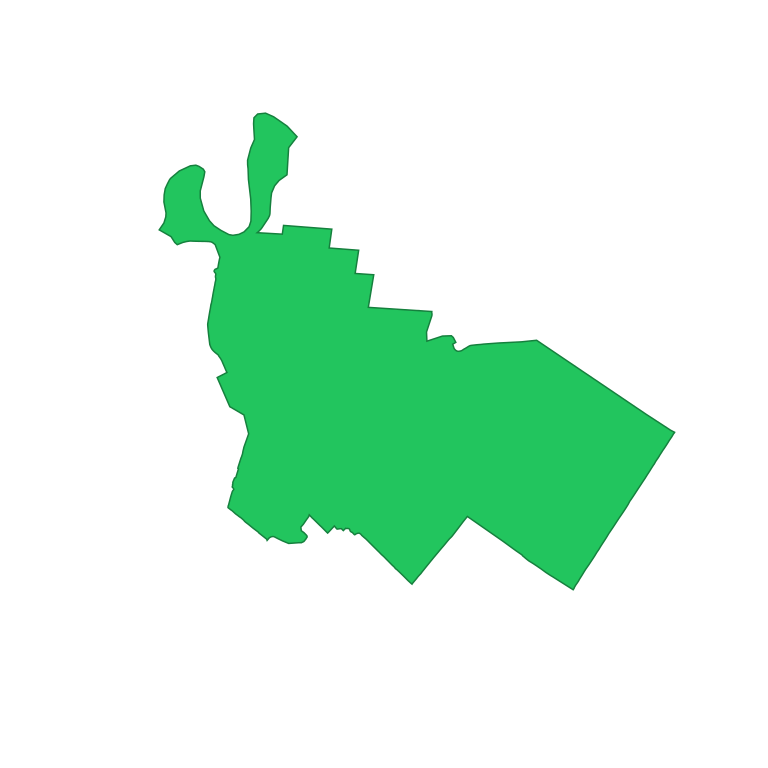 Piscu, Galati, Romania (Robinson projection), rotated 116°
{"feature_id": "2599482B99820264083382", "entity_name": "Piscu", "entity_type": "district", "adm_level": 2, "iso_a3": "ROU", "parent_name": "Romania", "parent_adm1": "Galati", "projection": "robinson", "projection_center": [27.723, 45.527], "detail": "fine", "context": "isolated", "style": "filled", "palette": "green", "viewbox_px": 768, "rotation_deg": 116, "n_neighbors": 0, "source": "geoboundaries", "source_scale": "gbopen_adm2", "svg_char_len": 6135}
<svg xmlns="http://www.w3.org/2000/svg" viewBox="0 0 768 768"><g transform="rotate(116 384 384)"><path d="M575.8,420.5L572.4,419.6L571.0,418.6L570.3,417.8L569.8,417.0L569.4,415.9L569.5,412.0L569.5,406.3L569.1,399.8L565.8,394.1L564.0,391.0L562.8,388.6L562.5,388.4L560.9,387.1L559.8,386.7L558.9,386.6L558.0,386.3L556.6,386.2L555.3,386.0L554.4,386.5L553.9,387.4L552.7,390.7L552.1,394.0L549.1,396.0L545.4,395.0L544.0,394.8L540.5,394.3L539.7,394.2L538.4,393.9L537.5,393.8L536.3,393.6L535.6,393.6L534.9,393.7L534.4,393.8L535.3,391.3L536.0,389.5L536.2,388.6L539.2,379.7L539.8,377.7L541.3,373.4L541.8,372.0L542.3,370.6L542.6,369.6L542.7,369.3L541.3,368.8L533.4,366.4L534.4,364.2L535.0,362.6L534.7,362.1L534.3,361.5L533.9,360.9L533.5,360.4L533.3,360.0L533.0,359.5L532.7,359.0L532.9,358.3L533.3,357.3L533.6,356.3L530.5,355.2L530.5,354.9L530.4,354.6L530.2,354.1L529.8,353.5L529.6,352.7L529.4,352.4L529.4,352.0L529.5,351.5L529.6,351.3L529.8,351.2L530.4,350.5L530.8,350.1L531.0,349.8L531.1,349.7L531.3,349.2L531.3,348.6L531.4,348.2L531.3,347.6L531.6,346.7L531.8,346.1L532.3,344.9L532.4,344.4L532.2,344.1L531.8,343.8L531.1,343.5L530.7,343.2L530.2,342.7L529.6,342.1L529.0,341.1L528.9,340.5L529.0,339.9L529.1,339.2L529.4,338.5L529.9,337.4L530.0,336.9L530.6,334.8L531.2,332.4L532.1,329.7L533.0,327.2L533.6,325.4L534.3,323.4L536.3,317.5L536.5,317.0L537.1,315.1L537.2,314.8L538.3,311.8L538.4,311.5L538.8,310.0L539.1,309.0L539.5,307.7L539.8,306.9L540.4,305.3L541.0,303.5L543.1,297.6L543.8,295.3L544.2,294.1L544.9,292.9L545.2,291.4L545.3,290.7L545.5,290.2L546.3,287.6L546.4,287.3L546.8,286.1L547.7,283.3L550.2,276.1L550.7,274.4L551.3,272.4L551.6,271.1L551.3,271.1L550.0,270.8L547.9,270.3L544.8,269.5L542.3,269.0L540.2,268.4L538.4,267.8L535.8,267.3L534.5,267.0L530.5,266.1L528.3,265.6L525.8,265.0L523.1,264.4L521.5,264.0L518.0,263.2L516.1,262.7L514.0,262.2L512.9,261.9L512.4,261.8L511.3,261.5L510.0,261.2L506.0,260.2L503.4,259.5L501.0,258.9L496.7,257.9L494.5,257.3L492.0,256.4L490.6,256.0L485.2,254.9L475.2,252.9L473.2,252.5L466.5,251.0L473.1,208.7L476.0,192.4L477.1,185.1L477.4,184.6L477.8,183.7L477.9,183.0L478.7,180.0L479.5,176.4L480.0,171.3L480.5,167.5L481.4,161.4L482.4,156.0L483.1,150.5L483.3,148.0L486.0,123.8L484.5,123.6L483.1,123.7L480.5,123.5L478.1,123.1L475.8,122.8L473.6,122.7L469.2,122.2L464.8,121.8L462.0,121.5L457.1,120.7L450.4,119.8L446.5,119.3L442.1,118.9L438.1,118.3L436.3,118.2L431.9,117.7L428.8,117.3L424.6,116.8L421.2,116.5L419.9,116.4L413.1,115.4L409.2,114.9L405.2,114.4L401.3,113.9L397.4,113.3L393.2,112.7L389.2,112.2L385.3,111.8L381.8,111.7L378.7,111.2L374.3,110.6L370.3,110.1L366.3,109.6L361.8,109.0L357.9,108.5L354.3,108.0L350.3,107.6L346.4,107.1L342.4,106.7L339.0,106.3L337.3,106.0L334.7,105.9L333.3,105.7L331.8,105.5L330.7,105.3L328.1,105.0L327.5,105.0L323.4,104.5L322.1,104.4L321.5,104.3L317.5,103.7L313.4,103.2L309.4,102.8L305.4,102.2L301.5,101.9L300.7,101.6L300.0,101.6L299.9,106.2L296.3,135.2L293.3,156.4L277.8,266.0L286.0,279.2L297.1,299.3L304.5,312.0L306.0,314.3L307.8,317.4L310.7,322.0L311.7,323.4L313.0,324.4L314.6,325.4L316.3,326.5L318.0,327.7L318.6,328.0L319.5,328.5L320.1,329.0L320.8,329.7L321.6,330.8L322.0,331.5L322.3,332.3L322.4,333.6L322.1,334.9L321.4,336.5L318.1,339.7L315.1,337.7L311.8,342.1L311.1,344.6L315.3,352.5L326.7,364.2L318.6,368.6L301.7,370.9L300.1,371.5L298.7,372.5L297.9,372.8L322.0,431.7L290.3,441.1L297.3,458.4L274.9,465.4L285.8,492.9L267.7,498.8L285.5,543.8L293.9,541.1L303.6,564.3L302.3,563.7L298.7,562.5L297.1,562.2L286.0,560.7L285.2,560.7L283.4,560.7L282.2,560.8L280.6,561.3L275.6,563.5L265.9,567.3L261.5,568.8L253.8,569.2L247.0,567.5L238.5,562.9L213.4,573.3L199.9,570.5L194.7,584.1L192.2,600.3L192.5,609.2L196.7,615.9L201.7,617.6L207.3,615.3L215.0,611.0L221.0,607.6L230.3,607.2L242.7,604.7L246.7,602.7L250.2,600.5L259.6,595.5L276.3,584.8L287.0,579.1L296.0,575.0L301.8,574.2L308.7,576.5L313.1,580.0L316.6,585.0L317.7,588.9L317.4,598.0L316.3,606.2L313.8,612.4L307.5,621.8L297.5,630.6L291.0,633.8L276.7,636.7L271.8,638.1L270.1,640.6L269.5,645.6L269.8,649.0L272.8,653.7L282.3,661.4L292.8,666.0L294.5,666.3L298.9,666.4L304.2,666.3L310.4,664.5L316.9,661.6L325.8,654.9L329.4,653.4L335.7,652.4L344.0,653.6L344.9,640.0L348.5,634.1L349.4,630.9L344.9,626.8L342.5,623.9L340.5,621.0L338.8,617.1L336.8,612.7L334.3,607.4L332.9,604.2L332.1,601.9L332.0,600.5L332.7,596.9L341.5,587.6L342.1,587.0L344.0,586.6L348.5,585.4L350.2,584.9L352.1,584.3L352.6,584.2L352.9,584.4L353.3,584.7L353.7,585.0L353.9,585.0L354.1,585.3L354.5,585.7L354.8,586.0L355.2,586.1L355.9,586.3L356.3,586.3L356.6,586.3L357.0,586.2L357.4,585.9L357.5,585.7L357.8,585.2L358.1,584.5L358.3,584.1L358.6,583.7L359.1,583.3L359.6,583.1L360.5,582.9L361.3,582.6L361.7,582.4L362.1,582.1L362.6,581.6L363.1,581.3L364.3,580.8L365.1,580.6L367.0,580.2L367.9,579.9L369.5,579.4L370.9,579.1L372.6,578.6L375.6,577.8L378.5,577.0L381.4,576.1L382.0,576.0L384.6,575.2L386.1,574.8L386.9,574.6L387.8,574.3L388.0,574.5L389.3,574.1L392.2,573.2L395.5,572.3L398.9,571.3L402.2,570.3L405.6,569.3L406.9,568.9L407.7,568.6L408.8,568.0L412.0,566.1L415.1,564.2L418.2,562.2L421.3,560.2L424.4,558.2L425.1,557.7L425.7,557.0L426.2,556.5L427.3,555.2L428.2,553.8L428.6,552.9L428.9,552.2L429.3,551.0L429.7,549.7L430.0,548.4L430.3,547.0L430.6,545.7L431.4,544.6L432.4,542.7L433.2,541.4L434.1,540.1L435.1,538.9L435.5,538.5L438.8,534.6L439.7,533.6L441.0,532.1L442.5,530.2L451.3,536.8L472.0,512.6L473.2,496.3L488.1,483.8L502.2,482.2L504.3,481.7L505.8,481.4L509.0,480.5L509.9,480.4L512.2,480.1L513.1,480.1L522.6,478.7L523.9,478.4L524.1,477.6L533.0,476.2L533.3,476.3L533.7,476.9L534.3,477.1L535.1,477.0L537.0,476.9L538.5,476.8L540.0,476.1L540.5,476.0L540.9,476.0L541.2,475.9L541.5,475.7L541.8,475.4L542.1,475.4L542.5,475.4L542.8,475.4L543.2,475.1L543.4,474.9L543.4,474.5L543.5,474.2L543.8,473.7L544.4,472.8L545.4,472.9L546.0,473.1L547.1,473.2L550.5,472.7L552.8,472.3L560.7,470.7L561.9,470.6L562.8,470.3L563.5,470.0L564.3,466.4L564.4,465.3L564.9,463.5L565.6,461.2L565.8,460.5L566.3,457.7L566.7,455.9L566.9,454.4L567.0,453.7L567.9,450.4L568.5,449.2L568.9,447.8L569.6,444.3L571.0,438.4L572.2,432.2L572.7,431.3L574.9,421.4L575.8,420.5Z" fill="#22c55e" stroke="#15803d" stroke-width="1.5"/></g></svg>